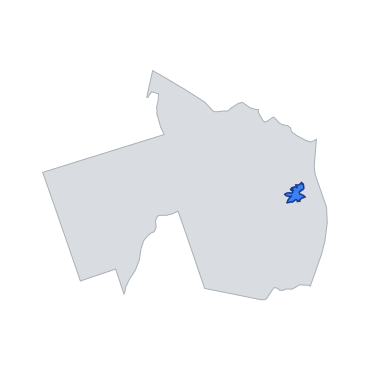 Escuintla, Escuintla, Guatemala shown in context, rotated 251°
{"feature_id": "79465075B12428075404525", "entity_name": "Escuintla", "entity_type": "district", "adm_level": 2, "iso_a3": "GTM", "parent_name": "Guatemala", "parent_adm1": "Escuintla", "projection": "orthographic", "projection_center": [-90.807, 14.309], "detail": "fine", "context": "in_parent", "style": "filled", "palette": "blue", "viewbox_px": 384, "rotation_deg": 251, "n_neighbors": 0, "source": "geoboundaries", "source_scale": "gbopen_adm2", "svg_char_len": 5334}
<svg xmlns="http://www.w3.org/2000/svg" viewBox="0 0 384 384"><g transform="rotate(251 192 192)"><path d="M64.4,273.1L66.1,271.4L67.5,267.6L69.3,263.5L68.2,258.9L67.6,255.1L69.6,249.6L69.5,245.5L70.4,243.0L73.3,241.4L74.9,238.3L66.7,227.4L66.7,225.0L67.8,221.9L74.6,210.4L82.6,196.8L91.4,181.7L96.7,172.6L115.9,172.6L128.6,172.7L144.8,172.7L162.3,172.7L173.8,172.6L178.5,172.5L177.7,166.6L178.3,160.1L180.4,154.1L180.4,151.5L177.0,148.3L170.3,146.5L166.7,143.6L166.6,140.0L165.0,135.7L161.8,130.6L155.1,125.4L145.0,120.1L136.4,112.9L129.4,103.9L123.4,98.1L118.8,95.7L117.7,94.4L131.2,94.6L144.0,94.7L144.1,81.8L144.2,70.4L144.2,57.5L167.3,57.5L194.9,57.5L223.5,57.4L246.0,57.3L259.2,57.2L258.7,73.2L258.2,91.8L257.8,105.4L257.2,123.6L256.7,142.2L255.9,167.6L255.4,184.0L255.7,184.4L263.3,183.5L274.5,184.1L277.2,184.1L280.6,185.5L283.3,185.9L289.0,189.5L295.7,192.3L299.9,186.6L297.7,183.2L296.0,181.5L296.2,180.0L319.6,194.3L316.9,196.6L311.0,201.9L300.4,210.9L290.9,219.0L281.7,226.3L273.4,232.8L272.4,233.5L261.8,238.2L260.1,240.4L257.9,249.6L256.9,251.9L258.8,257.0L260.8,264.9L260.2,269.0L252.9,274.1L249.6,278.7L248.1,281.7L246.8,280.9L244.5,280.7L239.3,281.9L236.7,282.1L234.6,283.5L234.4,286.3L235.8,290.9L236.4,293.3L234.9,294.4L228.4,297.2L225.9,299.9L223.5,304.2L220.6,306.0L217.7,305.7L215.6,306.3L211.1,309.5L204.4,315.7L200.7,320.3L200.7,323.7L201.4,326.8L176.7,316.0L168.5,314.1L134.0,314.3L119.2,310.0L102.3,301.7L90.9,294.2L64.4,273.1Z" fill="#d9dde1" stroke="#a8b0b8" stroke-width="1"/><path d="M151.0,278.3L150.7,278.4L150.7,278.8L150.7,279.6L150.6,279.9L150.6,280.1L150.5,280.5L150.5,281.5L150.5,281.8L150.3,282.2L150.1,283.1L150.0,283.3L149.8,283.4L149.8,283.5L149.9,284.1L149.9,284.3L150.0,284.4L150.1,284.6L150.2,284.8L150.3,285.3L150.4,285.5L150.3,285.9L150.4,286.0L150.5,286.2L150.6,286.3L150.7,286.5L150.9,286.8L151.0,287.2L151.0,287.4L150.9,287.5L151.0,287.7L151.0,287.9L150.9,288.1L150.7,288.1L150.6,288.3L150.4,288.5L150.1,288.6L149.4,288.5L149.3,288.8L149.1,288.8L149.0,288.7L148.9,288.8L148.7,288.7L148.7,289.4L148.8,289.6L148.9,289.8L148.4,290.0L148.2,290.4L148.2,290.5L148.1,290.8L148.3,290.9L148.3,291.1L148.5,291.2L149.2,291.2L149.2,291.3L149.5,291.5L149.8,291.9L149.8,292.0L149.7,292.2L149.8,292.3L150.2,293.1L150.3,293.5L150.6,293.9L150.6,294.3L150.4,294.5L150.3,294.8L150.4,295.0L150.3,295.4L150.3,295.5L150.5,295.6L150.6,295.8L150.6,296.0L150.7,296.3L150.6,296.5L150.5,296.9L150.3,296.9L150.2,297.0L150.2,297.3L150.3,297.4L150.3,297.5L150.3,297.4L150.5,297.4L150.9,297.2L151.0,297.1L151.3,296.9L151.5,296.8L151.7,296.7L151.8,296.7L152.0,296.5L152.1,296.4L152.3,296.3L152.4,296.2L152.5,296.1L152.8,296.0L152.9,295.9L153.0,295.7L153.3,295.4L153.4,295.2L153.5,295.2L153.8,294.9L153.9,294.7L154.0,294.5L154.1,294.4L154.3,294.3L154.3,294.2L154.5,294.1L154.6,293.8L154.6,293.7L154.8,293.4L155.1,293.3L155.6,293.4L156.4,293.3L157.1,293.5L157.3,293.6L157.3,293.8L157.4,294.1L157.4,294.8L157.4,295.0L157.5,295.4L157.9,295.6L158.1,295.7L158.3,295.7L158.3,295.8L158.3,296.2L158.1,297.0L157.9,297.2L157.9,297.3L158.0,297.4L158.6,298.1L158.8,298.4L159.0,298.9L159.2,299.1L160.2,299.1L160.7,299.3L160.9,299.4L161.0,299.5L161.4,299.5L161.5,299.6L161.8,299.6L162.1,299.6L162.8,299.7L163.4,299.7L163.5,299.7L163.5,299.4L163.5,299.2L163.8,299.1L163.7,298.9L163.6,298.7L163.8,298.6L164.0,298.6L164.2,298.8L164.3,298.8L164.9,298.7L165.2,298.8L165.4,298.7L165.0,298.0L164.9,297.8L164.9,297.7L164.6,297.3L164.5,297.0L164.4,296.8L164.4,296.6L164.2,296.4L164.1,296.0L164.1,295.9L164.0,295.7L164.0,295.4L164.1,294.6L164.1,294.4L164.3,294.0L164.4,293.8L164.4,293.6L164.6,293.3L164.7,293.1L164.7,292.8L164.9,292.6L164.9,292.3L164.6,292.3L164.2,292.6L163.9,292.7L163.4,292.8L163.1,292.9L162.8,292.9L162.7,292.8L162.1,292.8L161.9,292.7L162.0,292.6L162.2,292.4L162.4,292.2L162.6,291.9L163.0,291.5L163.2,291.2L163.2,290.7L163.3,290.5L163.5,290.4L163.5,290.1L163.2,290.0L163.1,289.6L163.0,288.8L163.0,288.7L163.4,288.6L163.6,288.5L163.5,287.7L163.3,287.7L162.9,287.7L162.4,287.9L162.1,287.9L161.6,288.1L162.1,287.2L162.3,286.9L162.4,286.6L162.5,286.5L162.6,286.3L162.4,286.3L162.3,286.2L162.0,286.1L161.8,286.0L161.4,286.4L161.3,286.5L161.2,286.6L161.1,286.8L161.4,287.2L161.4,287.5L161.3,287.9L161.2,287.9L161.0,288.0L161.0,287.9L160.9,287.9L161.0,287.5L160.8,287.3L160.6,287.3L160.4,287.4L160.2,287.5L159.9,287.5L159.8,287.4L159.6,287.4L159.4,287.5L159.2,287.4L159.3,287.1L159.4,286.9L159.3,286.7L158.9,286.8L158.6,286.7L158.4,286.3L158.5,285.9L158.6,285.5L158.7,285.2L159.0,284.9L159.1,284.6L159.3,284.5L159.4,284.3L159.4,283.9L159.5,283.8L159.6,283.5L159.6,283.2L159.8,282.9L159.9,282.5L160.0,282.1L160.1,281.8L160.0,281.3L160.1,280.9L160.0,280.6L159.9,279.9L159.9,279.4L159.8,279.1L159.6,278.9L159.4,279.0L159.2,279.1L158.8,279.3L158.7,279.3L158.2,279.6L157.9,279.9L157.4,280.4L157.3,280.6L157.2,280.8L157.0,281.1L156.9,281.2L156.8,281.3L156.7,281.7L156.6,281.9L156.5,282.0L156.4,282.1L156.2,282.4L156.1,282.6L156.0,282.8L155.7,283.0L155.6,283.3L155.6,283.7L155.7,284.5L155.3,284.2L155.1,283.8L155.1,283.3L155.1,282.9L155.0,282.7L154.9,282.6L154.8,282.4L154.6,282.1L154.3,281.8L154.2,281.8L154.1,281.6L153.9,281.3L153.6,280.7L153.4,280.5L153.3,280.3L153.2,280.2L152.9,280.0L152.7,279.9L152.5,279.5L152.4,279.4L152.2,279.3L151.6,279.0L151.2,278.6L151.0,278.3Z" fill="#3b82f6" stroke="#1e3a8a" stroke-width="1.5"/></g></svg>